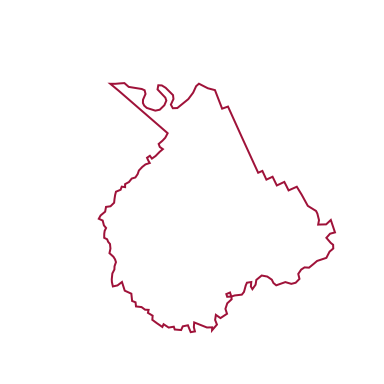 Nova Palma, Rio Grande do Sul, Brazil (Equal Earth projection), rotated 244°
{"feature_id": "56859067B37281220773300", "entity_name": "Nova Palma", "entity_type": "district", "adm_level": 2, "iso_a3": "BRA", "parent_name": "Brazil", "parent_adm1": "Rio Grande do Sul", "projection": "equal_earth", "projection_center": [-53.411, -29.433], "detail": "fine", "context": "isolated", "style": "outline", "palette": "rose", "viewbox_px": 384, "rotation_deg": 244, "n_neighbors": 0, "source": "geoboundaries", "source_scale": "gbopen_adm2", "svg_char_len": 2289}
<svg xmlns="http://www.w3.org/2000/svg" viewBox="0 0 384 384"><g transform="rotate(244 192 192)"><path d="M302.7,208.5L299.3,206.0L288.5,209.4L285.4,209.0L282.1,205.2L280.1,199.1L281.2,194.7L287.4,188.2L290.6,186.9L293.5,186.9L296.4,188.4L300.5,193.2L304.2,194.0L306.6,192.0L314.2,181.2L319.5,179.0L320.9,175.6L322.9,170.4L325.1,166.0L314.9,170.6L255.5,195.9L252.5,191.8L251.0,187.8L249.8,183.1L246.6,182.8L243.3,184.6L242.3,180.6L240.3,175.0L239.6,170.6L243.0,170.0L242.5,166.6L239.5,166.5L236.6,166.7L237.2,162.3L236.3,158.2L234.6,153.7L231.9,151.0L229.9,147.5L230.5,143.7L228.6,139.7L228.4,135.3L225.7,134.0L227.6,131.2L225.3,128.8L225.6,123.8L223.0,121.6L219.7,119.3L216.5,117.3L214.9,112.5L216.3,108.2L212.4,105.3L211.0,99.6L208.8,96.5L205.5,99.2L200.6,98.2L197.3,99.0L195.4,96.5L192.9,94.8L189.3,93.0L186.7,95.0L184.0,94.8L181.2,95.5L176.9,93.9L173.2,91.0L168.2,93.0L165.1,93.3L162.3,92.9L159.2,89.8L156.4,88.3L153.7,84.7L148.7,81.6L146.1,80.5L141.8,79.5L140.7,84.1L141.8,89.6L132.8,88.3L127.2,92.9L120.3,90.4L117.6,92.9L113.7,91.5L110.7,96.2L106.8,98.2L105.1,101.3L102.7,99.4L98.1,102.4L94.5,100.3L89.7,102.8L83.7,106.2L85.6,108.5L80.4,111.6L78.9,116.6L76.0,116.2L72.7,121.7L75.3,124.8L74.0,129.9L69.8,129.6L66.6,129.4L65.4,133.5L69.7,134.4L73.8,136.8L63.7,146.0L61.5,150.8L58.9,149.4L61.9,156.3L66.9,156.7L71.1,159.6L66.2,162.3L67.2,170.1L72.3,170.8L76.5,174.9L78.2,180.6L80.8,181.5L80.3,185.0L77.9,191.8L79.4,194.9L84.4,199.3L86.4,201.6L85.1,205.8L81.3,203.5L78.2,203.7L80.8,208.5L84.8,211.3L86.4,218.0L83.0,222.6L78.2,225.3L74.5,225.3L71.2,226.8L70.1,236.4L65.9,241.0L65.0,245.4L66.8,250.5L71.8,251.6L74.4,256.1L74.9,260.1L72.7,264.0L74.1,270.0L75.2,274.2L73.9,283.9L78.1,289.5L79.3,294.2L82.7,295.7L85.4,294.4L91.9,292.7L94.0,297.8L93.0,302.8L106.0,304.5L104.1,298.4L107.4,291.1L111.0,293.8L117.6,295.2L120.5,295.2L128.8,290.0L141.4,289.4L150.8,288.5L151.1,279.5L155.3,279.5L160.6,279.4L160.7,271.1L170.4,271.1L170.5,264.3L180.1,264.5L180.3,259.9L189.6,260.1L218.0,260.8L253.0,261.8L253.7,255.6L273.5,257.3L278.3,251.7L286.3,245.7L285.3,242.1L280.8,236.6L277.1,229.4L273.9,215.6L275.7,211.5L279.8,211.3L283.7,216.1L287.4,217.4L297.2,214.0L301.0,211.6L302.7,208.5ZM80.8,181.5L82.4,177.7L85.2,178.1L85.0,182.1L80.8,181.5Z" fill="none" stroke="#9f1239" stroke-width="2"/></g></svg>